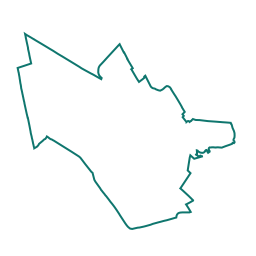 Mogosoaia, Ilfov, Romania (Robinson projection), rotated 266°
{"feature_id": "2599482B61914387946285", "entity_name": "Mogosoaia", "entity_type": "district", "adm_level": 2, "iso_a3": "ROU", "parent_name": "Romania", "parent_adm1": "Ilfov", "projection": "robinson", "projection_center": [26.008, 44.535], "detail": "fine", "context": "isolated", "style": "outline", "palette": "teal", "viewbox_px": 256, "rotation_deg": 266, "n_neighbors": 0, "source": "geoboundaries", "source_scale": "gbopen_adm2", "svg_char_len": 4993}
<svg xmlns="http://www.w3.org/2000/svg" viewBox="0 0 256 256"><g transform="rotate(266 128 128)"><path d="M35.3,169.9L37.3,170.4L38.2,170.9L39.1,171.7L39.6,172.5L39.9,173.6L40.0,174.5L40.0,176.3L39.8,179.6L39.6,182.7L39.5,183.3L39.9,184.7L42.5,183.4L44.1,182.6L47.7,180.6L47.8,180.9L48.6,182.7L49.5,184.7L51.0,187.8L51.3,187.9L56.4,183.4L56.8,183.0L61.9,178.2L64.1,176.0L64.3,176.2L78.6,187.2L81.5,184.6L94.1,187.5L96.4,188.3L92.7,191.9L94.6,200.7L94.7,199.3L95.4,198.5L95.4,198.2L94.9,197.5L94.9,197.4L95.1,196.0L95.8,195.2L96.4,194.3L96.5,194.1L96.8,194.0L97.3,195.1L100.9,195.1L100.8,195.4L100.7,195.5L100.6,195.8L100.4,195.9L99.5,196.7L99.1,197.3L98.8,197.7L98.4,198.6L98.1,199.9L98.0,200.5L98.1,201.0L98.1,201.3L98.1,201.5L98.3,201.9L98.6,202.4L99.2,203.1L99.3,203.0L99.8,203.4L100.0,203.6L100.3,203.9L100.6,204.4L100.6,204.8L100.3,205.1L99.6,205.4L98.7,205.6L98.1,205.9L97.9,206.1L97.7,206.2L98.1,206.9L98.5,207.5L98.7,207.8L99.0,207.8L99.0,207.7L99.6,207.5L100.2,207.3L100.7,207.2L101.1,207.1L101.7,207.1L102.1,207.2L102.3,207.3L102.5,207.5L102.8,207.9L102.9,208.0L102.9,208.4L102.8,209.1L102.8,209.3L102.8,209.6L102.9,210.1L102.9,210.6L102.8,211.1L102.8,211.5L102.8,211.8L102.7,212.1L102.7,212.4L102.6,212.9L102.5,213.3L102.4,213.7L102.5,214.1L102.4,214.5L102.5,215.2L102.5,216.0L102.4,216.8L102.2,217.9L102.1,218.8L101.9,219.8L101.9,220.2L102.1,221.0L102.3,221.5L102.5,222.2L103.1,224.2L103.5,225.7L104.0,227.6L104.8,230.3L105.0,230.8L105.4,231.1L105.9,231.3L105.5,232.6L105.8,232.9L105.9,233.0L106.0,233.0L106.3,233.3L107.3,233.2L108.2,232.5L108.7,232.4L109.3,232.5L111.0,233.5L112.8,233.8L115.4,233.9L117.5,233.5L120.8,232.3L123.9,231.7L124.9,231.3L125.0,231.0L125.7,230.8L126.0,230.8L126.6,226.9L127.3,221.9L127.5,220.7L128.4,214.6L129.3,208.2L130.9,199.9L131.1,197.9L131.2,196.6L131.3,196.1L131.6,195.3L131.9,194.6L132.1,194.0L132.4,193.4L132.1,193.1L131.8,192.6L131.2,192.0L130.7,191.6L130.6,191.4L130.5,191.2L130.5,190.9L130.5,190.7L129.7,189.9L130.7,188.9L130.7,188.0L130.4,187.5L129.9,186.8L130.0,186.8L130.4,186.4L135.0,183.3L135.3,183.6L136.2,184.5L137.9,183.3L138.0,183.4L140.1,185.7L140.3,185.6L143.0,184.2L143.5,184.0L144.3,183.5L144.9,183.2L145.0,183.2L145.3,183.2L145.5,183.1L146.7,182.5L147.8,182.0L152.2,179.8L156.3,177.7L158.4,176.5L163.6,173.7L163.7,173.8L164.5,173.4L165.7,172.6L166.3,171.8L166.8,171.0L167.0,170.3L167.1,169.5L166.9,169.1L166.3,168.2L166.0,167.7L165.3,166.8L165.1,166.7L164.5,165.8L164.0,165.1L163.0,162.7L163.5,161.0L164.6,158.6L165.3,157.7L165.5,157.2L165.9,155.8L166.1,155.3L166.6,154.7L167.0,154.3L167.4,153.9L167.8,153.6L168.5,153.3L179.0,148.9L178.8,148.6L178.2,147.9L177.6,148.3L177.1,147.6L176.8,147.6L175.4,145.6L173.2,142.2L176.4,140.4L180.6,138.3L186.3,135.5L186.4,135.4L187.3,136.9L196.8,132.1L196.9,132.3L197.3,132.1L203.7,129.4L203.6,129.1L211.9,125.6L212.2,125.5L211.8,125.0L208.2,121.2L200.0,112.5L195.4,107.7L192.2,104.2L190.7,103.2L189.7,102.8L188.3,102.5L186.6,102.3L185.5,102.2L185.0,102.3L184.1,102.4L182.6,102.9L181.7,103.5L180.1,104.8L179.7,105.2L178.6,104.7L180.1,102.4L181.0,101.0L182.9,98.2L184.4,95.9L184.5,95.6L187.5,90.9L188.4,89.5L189.1,88.4L189.9,87.2L190.6,86.1L191.8,84.5L192.3,83.9L194.7,80.5L195.5,79.4L201.0,71.6L202.5,69.5L203.0,68.8L206.8,63.3L210.3,58.6L211.2,57.3L212.3,55.7L214.0,53.3L218.2,47.3L221.1,43.1L226.0,36.1L227.9,33.3L229.0,31.9L225.5,32.4L225.3,32.3L223.5,32.6L220.6,33.0L214.6,33.9L214.4,33.8L214.2,33.8L213.9,33.8L208.8,34.6L208.2,34.6L204.5,35.1L199.1,35.9L197.1,28.1L195.6,22.1L191.2,22.7L191.0,22.8L188.8,23.0L186.3,23.3L184.5,23.4L183.8,23.5L182.5,23.6L181.0,23.7L179.9,23.8L178.7,24.0L177.8,24.1L177.1,24.1L176.7,24.2L176.3,24.2L176.0,24.2L175.7,24.2L175.4,24.2L174.6,24.3L174.2,24.4L172.3,24.7L170.9,24.9L169.2,25.1L168.6,25.2L168.2,25.3L166.9,25.4L166.5,25.5L165.8,25.6L165.2,25.7L164.2,25.8L163.0,26.0L162.8,26.0L162.2,26.1L161.2,26.3L160.3,26.4L159.9,26.4L148.9,28.0L147.8,28.2L145.8,28.5L145.2,28.6L145.2,28.8L136.8,29.9L130.8,30.6L130.7,30.6L130.3,30.6L128.8,30.8L127.2,31.1L126.0,31.3L124.9,31.4L124.3,31.5L122.8,31.8L121.7,31.9L121.4,32.0L121.1,32.0L120.6,32.1L120.3,32.1L119.8,32.2L119.5,32.2L119.1,32.3L118.8,32.3L118.0,32.5L117.0,32.6L115.8,32.8L114.6,33.1L114.3,33.1L115.2,34.9L115.7,35.9L117.0,37.3L118.4,38.2L119.4,39.6L121.2,42.1L121.9,42.9L122.5,43.7L122.9,44.8L123.6,45.4L124.3,45.9L124.8,46.3L125.2,46.5L124.9,46.9L124.3,47.7L122.9,49.2L122.2,50.2L122.0,51.0L121.1,52.2L120.8,52.8L108.3,70.0L103.0,77.1L101.7,78.4L99.6,79.8L95.0,82.8L86.8,88.4L85.8,89.5L78.7,90.8L76.8,91.7L69.5,96.2L68.3,96.7L67.7,97.2L65.6,98.6L63.5,100.1L62.8,100.5L62.2,100.9L61.8,101.3L58.2,103.7L55.5,105.4L53.7,106.7L51.6,108.1L49.7,109.3L47.0,110.9L43.1,113.1L41.9,113.7L41.5,113.9L39.9,114.8L33.1,118.6L31.0,119.9L29.5,121.0L28.4,122.1L27.5,123.1L27.3,124.0L27.0,125.1L27.9,130.8L27.9,132.4L28.5,136.6L28.8,138.3L29.8,143.2L30.1,144.4L30.6,145.9L31.8,151.9L32.1,153.6L32.8,157.1L33.0,158.3L33.3,160.3L34.5,166.0L35.1,168.7L35.3,169.9Z" fill="none" stroke="#0f766e" stroke-width="2"/></g></svg>